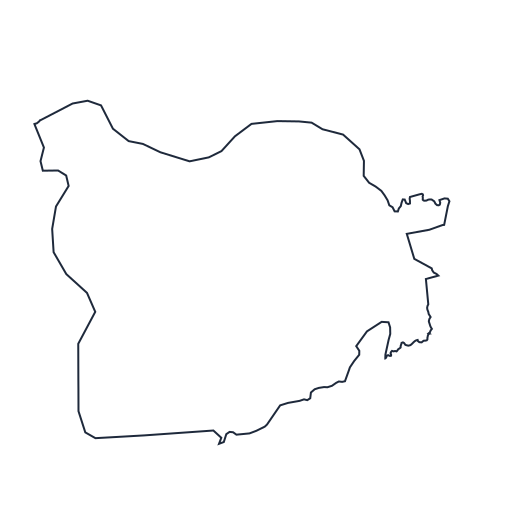 Gourma-Rharous, Timbuktu, Mali, rotated 171°
{"feature_id": "8926073B81360088660364", "entity_name": "Gourma-Rharous", "entity_type": "district", "adm_level": 2, "iso_a3": "MLI", "parent_name": "Mali", "parent_adm1": "Timbuktu", "projection": "natural_earth1", "projection_center": [-2.501, 16.02], "detail": "fine", "context": "isolated", "style": "outline", "palette": "slate", "viewbox_px": 512, "rotation_deg": 171, "n_neighbors": 0, "source": "geoboundaries", "source_scale": "gbopen_adm2", "svg_char_len": 2809}
<svg xmlns="http://www.w3.org/2000/svg" viewBox="0 0 512 512"><g transform="rotate(171 256 256)"><path d="M321.9,76.3L316.9,77.3L313.2,84.7L309.6,86.4L306.2,85.5L303.3,82.6L290.2,81.8L283.0,83.3L274.0,86.1L271.5,87.8L255.5,104.7L247.3,105.9L235.6,106.1L231.0,106.9L227.9,105.6L224.7,107.0L223.1,112.6L218.9,115.2L214.6,115.9L209.3,115.9L206.0,115.2L201.3,115.9L196.6,118.2L193.8,119.1L190.6,118.2L187.7,118.4L187.6,118.6L181.5,129.7L181.5,129.8L181.4,129.9L180.7,131.3L175.4,137.0L169.5,142.3L168.8,146.2L171.1,151.3L158.2,164.2L142.2,171.3L135.5,169.8L134.7,164.5L135.6,158.0L138.1,152.5L143.6,138.4L144.3,134.8L144.3,134.7L143.8,134.9L142.8,136.2L142.5,137.1L141.0,137.4L139.7,136.5L138.9,136.3L138.2,136.4L138.0,137.2L138.0,137.4L138.0,137.5L138.3,138.9L138.3,139.0L137.8,139.8L137.5,140.2L136.5,141.0L136.1,140.8L135.1,140.3L133.5,140.4L132.1,139.8L131.2,140.5L130.2,141.6L128.5,142.4L127.5,143.0L127.4,143.5L127.2,144.5L126.0,146.8L125.8,147.4L124.4,147.7L123.3,146.8L122.4,144.9L121.2,144.3L119.6,143.6L117.4,143.8L115.9,144.7L115.5,145.0L115.3,145.1L114.0,146.1L112.4,147.1L111.1,147.6L110.5,147.7L109.5,147.8L109.4,146.7L108.7,145.9L108.1,145.3L105.9,144.8L104.6,145.6L103.6,146.1L102.1,145.9L100.6,146.0L99.8,146.7L99.4,148.7L99.2,149.1L98.7,150.5L98.2,151.4L97.0,152.2L96.9,152.2L97.0,152.3L97.6,152.6L96.2,153.4L95.2,155.1L93.7,156.5L94.4,158.1L94.8,159.5L95.2,162.2L95.4,163.3L95.5,164.6L94.6,166.7L93.1,168.4L94.5,171.7L94.6,173.9L95.1,176.2L95.1,178.0L94.4,179.9L93.4,181.3L91.8,206.7L79.0,208.1L80.3,209.8L81.4,210.7L83.0,211.8L84.2,214.3L84.4,216.3L100.1,228.4L103.6,254.3L80.7,254.8L66.9,257.4L65.3,257.3L58.7,275.2L56.4,279.8L57.6,282.6L60.8,283.4L66.1,282.5L65.7,279.8L66.4,278.0L67.6,277.5L69.2,277.9L70.6,279.6L71.4,282.1L73.7,284.3L75.0,284.6L75.9,284.7L77.1,284.7L79.0,284.1L80.7,284.2L81.8,284.6L82.5,285.5L82.1,287.6L82.1,288.9L81.5,289.8L81.6,290.8L82.5,291.5L85.2,291.3L94.7,290.2L95.3,288.5L95.3,286.5L95.7,283.8L97.6,283.5L99.4,284.7L100.3,288.5L102.2,288.9L103.9,285.8L105.2,282.6L107.5,280.6L108.9,277.8L112.1,278.4L113.5,282.8L116.4,285.2L117.3,290.4L119.5,295.8L122.0,300.7L127.0,305.9L132.8,310.6L137.1,318.3L134.5,333.1L137.1,345.2L151.0,362.3L170.5,370.8L180.2,379.0L192.5,382.2L213.8,385.9L239.8,387.2L258.1,377.5L273.7,365.0L287.2,360.8L306.8,359.9L334.2,373.4L350.2,384.4L363.8,389.4L377.4,404.1L385.5,429.0L398.0,435.7L413.3,435.3L447.5,423.9L448.2,423.8L448.6,423.3L449.2,422.8L451.6,421.4L451.9,421.3L453.1,421.2L454.2,421.1L454.2,420.9L448.5,396.3L454.0,383.4L453.2,373.6L438.1,371.4L430.9,365.2L430.1,354.5L445.8,336.2L453.1,314.6L455.3,291.4L446.2,267.8L428.7,246.0L423.5,226.0L445.3,197.1L450.9,161.0L452.2,152.4L455.6,130.5L452.2,108.5L443.1,101.2L420.4,98.9L394.5,96.3L325.4,90.3L318.7,81.9L321.9,76.3Z" fill="none" stroke="#1e293b" stroke-width="2"/></g></svg>